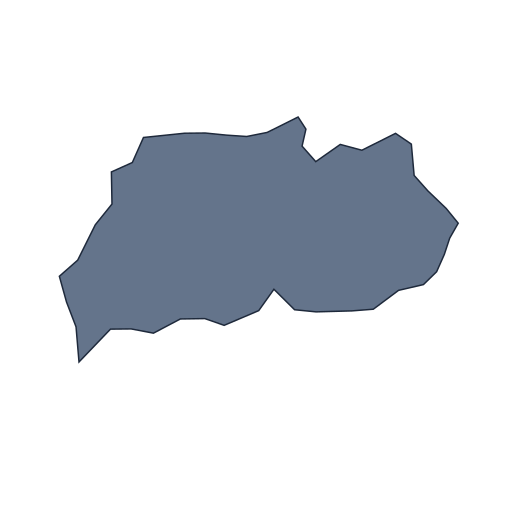 outline of Orounta, Nicosia, Cyprus, rotated 204°
{"feature_id": "46923920B88431983225451", "entity_name": "Orounta", "entity_type": "district", "adm_level": 2, "iso_a3": "CYP", "parent_name": "Cyprus", "parent_adm1": "Nicosia", "projection": "mercator", "projection_center": [33.08, 35.094], "detail": "fine", "context": "isolated", "style": "filled", "palette": "slate", "viewbox_px": 512, "rotation_deg": 204, "n_neighbors": 0, "source": "geoboundaries", "source_scale": "gbopen_adm2", "svg_char_len": 705}
<svg xmlns="http://www.w3.org/2000/svg" viewBox="0 0 512 512"><g transform="rotate(204 256 256)"><path d="M415.5,219.2L417.2,179.7L427.4,157.5L410.4,136.9L391.6,118.1L374.6,87.2L359.2,130.0L340.4,138.6L318.3,143.8L299.5,167.7L277.3,178.0L256.9,179.7L231.3,207.2L226.1,232.9L198.9,222.6L178.4,229.4L146.0,244.9L127.2,255.1L111.8,282.6L91.4,298.0L84.6,315.1L84.6,334.0L86.3,351.1L84.6,368.2L101.6,376.8L125.5,385.4L144.3,393.9L159.6,421.4L178.4,424.8L202.3,395.7L224.4,392.2L239.8,366.5L258.6,375.1L262.0,392.2L274.1,400.1L296.1,373.4L313.1,361.4L331.9,354.5L352.4,347.7L371.2,339.1L407.0,318.5L407.0,291.1L422.3,274.0L408.7,244.9L415.5,219.2Z" fill="#64748b" stroke="#1e293b" stroke-width="1.5"/></g></svg>